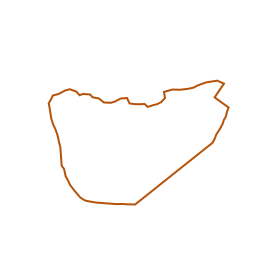 the district of São Manoel do Paraná, Paraná, Brazil, rotated 208°
{"feature_id": "56859067B62132612460013", "entity_name": "São Manoel do Paraná", "entity_type": "district", "adm_level": 2, "iso_a3": "BRA", "parent_name": "Brazil", "parent_adm1": "Paraná", "projection": "orthographic", "projection_center": [-52.603, -23.378], "detail": "fine", "context": "isolated", "style": "outline", "palette": "amber", "viewbox_px": 256, "rotation_deg": 208, "n_neighbors": 0, "source": "geoboundaries", "source_scale": "gbopen_adm2", "svg_char_len": 966}
<svg xmlns="http://www.w3.org/2000/svg" viewBox="0 0 256 256"><g transform="rotate(208 128 128)"><path d="M113.2,176.8L109.4,171.8L110.8,166.5L113.4,162.8L116.9,159.6L120.5,155.9L124.6,157.0L129.3,154.2L133.6,152.1L138.2,150.4L142.9,154.0L148.3,150.6L151.8,145.4L155.0,142.2L161.3,139.2L167.6,140.4L173.7,138.5L177.1,139.8L183.6,137.0L186.2,134.2L190.7,135.9L197.6,134.9L201.1,131.6L205.3,125.4L209.6,121.4L209.4,116.7L209.6,112.5L206.9,109.3L203.7,105.0L200.3,100.5L196.2,96.4L192.0,93.2L187.4,89.1L182.2,83.1L178.7,79.2L168.8,63.5L165.2,61.8L160.5,56.2L155.6,53.0L152.6,50.6L145.6,47.4L137.4,44.2L131.9,43.8L128.3,44.8L120.9,47.3L103.1,55.1L97.0,58.4L93.2,60.1L85.8,63.8L60.7,121.8L49.7,147.1L46.4,154.7L46.4,159.4L47.0,163.7L46.4,170.6L46.4,175.9L47.1,180.0L47.0,184.1L48.3,189.2L48.8,193.3L65.9,195.7L64.1,212.2L71.4,211.7L80.3,205.1L86.4,198.4L88.9,194.6L93.2,190.9L100.0,186.2L106.8,182.8L113.2,176.8Z" fill="none" stroke="#b45309" stroke-width="2"/></g></svg>